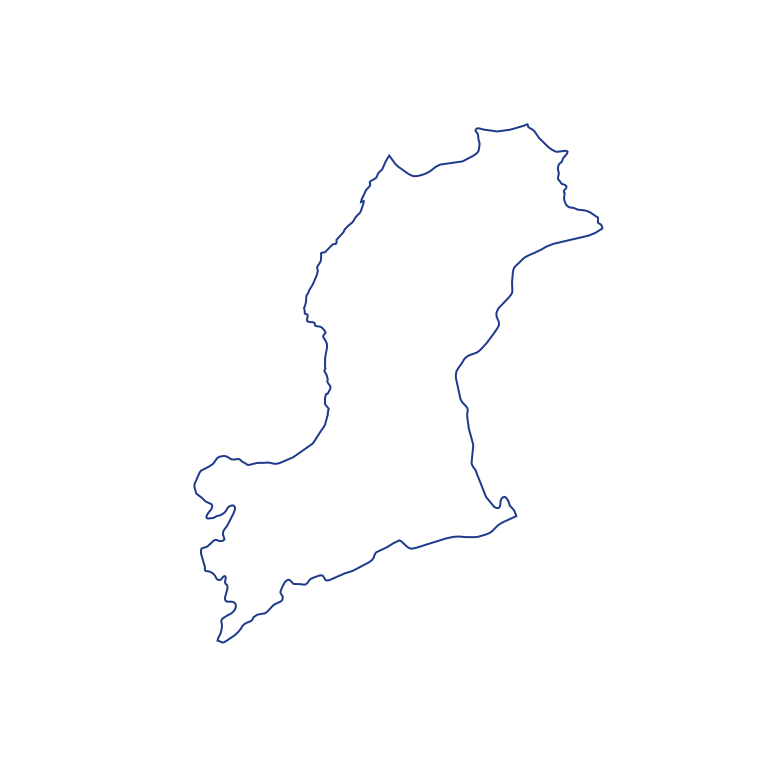 Cusco, Equal Earth projection, rotated 55°
{"feature_id": "PER-571", "entity_name": "Cusco", "entity_type": "Department", "adm_level": 1, "iso_a3": "PER", "parent_name": "Peru", "parent_adm1": "", "projection": "equal_earth", "projection_center": [-72.174, -13.267], "detail": "fine", "context": "isolated", "style": "outline", "palette": "blue", "viewbox_px": 768, "rotation_deg": 55, "n_neighbors": 0, "source": "natural_earth", "source_scale": "10m", "svg_char_len": 6165}
<svg xmlns="http://www.w3.org/2000/svg" viewBox="0 0 768 768"><g transform="rotate(55 384 384)"><path d="M221.8,298.5L220.3,296.9L214.8,287.3L214.0,283.4L213.4,281.5L212.3,280.6L210.5,279.9L210.1,278.3L210.6,274.6L210.5,272.2L210.1,271.1L208.3,268.4L207.8,266.7L207.3,263.0L206.6,261.4L202.7,255.1L199.9,248.7L210.2,248.5L213.9,247.8L225.9,243.5L229.3,241.7L231.0,240.2L232.9,237.2L234.8,232.1L235.5,229.2L236.0,226.2L236.1,223.2L235.8,217.3L236.3,213.2L236.6,211.9L246.5,192.4L246.8,191.3L248.3,179.5L248.2,175.7L247.9,174.3L247.0,172.5L244.2,169.7L242.4,168.2L241.5,167.6L238.5,166.6L233.4,163.9L232.1,163.7L229.8,163.9L228.9,163.6L228.2,162.9L228.0,161.4L228.5,160.3L229.2,159.4L232.7,156.5L242.2,146.2L248.1,134.7L252.6,121.5L253.5,117.5L256.5,118.4L261.1,116.3L263.7,115.8L271.1,115.9L284.3,113.5L288.3,112.1L291.6,110.4L292.5,109.6L293.3,108.7L296.9,101.8L297.7,100.9L298.9,100.4L299.9,101.4L300.5,102.6L301.5,107.0L302.1,108.2L303.5,110.2L304.0,111.3L304.2,114.1L304.7,115.4L307.3,118.1L311.4,119.8L312.3,120.5L314.8,123.2L316.2,123.9L319.5,123.6L320.6,123.8L321.8,123.7L324.8,121.5L326.7,121.2L327.7,121.9L328.3,123.2L328.6,124.7L329.1,125.8L330.0,126.5L331.1,126.5L332.0,127.1L334.5,129.5L336.8,130.9L341.3,132.0L344.8,131.3L345.9,130.6L346.7,129.7L347.4,128.8L349.3,127.1L351.8,125.7L352.7,124.8L356.6,120.4L358.5,118.6L362.1,116.5L369.3,113.8L370.1,113.3L371.0,113.5L374.1,116.0L375.2,116.0L377.9,114.8L380.2,115.1L381.9,116.0L381.4,124.4L379.7,131.6L366.4,164.7L364.6,172.2L364.2,177.5L362.8,186.1L361.9,190.0L361.1,195.1L361.1,197.1L362.9,208.7L363.2,210.0L363.8,211.3L365.7,213.7L374.0,220.7L381.3,225.4L382.7,226.7L383.8,229.0L384.7,232.0L387.5,246.2L388.5,248.4L389.5,250.1L390.7,251.5L393.6,253.2L398.2,254.1L400.5,255.1L401.6,256.0L402.8,257.9L403.6,259.7L405.9,265.9L409.3,276.3L410.8,282.8L411.5,287.2L411.4,290.4L409.7,296.4L409.2,298.8L409.2,302.3L409.9,304.7L411.0,306.8L413.5,313.7L415.1,317.3L418.2,320.3L420.9,321.9L440.0,329.9L442.3,330.3L444.1,330.3L449.4,329.6L451.5,329.6L452.8,330.0L453.9,330.7L456.4,333.2L458.3,334.5L469.0,340.0L484.5,345.6L486.2,346.7L498.8,357.5L500.4,358.2L503.8,358.6L506.6,358.4L535.1,365.2L547.9,364.2L549.9,363.1L551.2,361.7L551.2,360.1L550.4,358.7L547.8,356.5L546.5,355.3L545.5,353.8L545.0,352.0L545.5,350.1L546.5,349.4L548.0,349.1L551.2,349.3L556.0,350.7L561.4,349.9L564.7,350.4L568.1,351.4L565.3,366.6L565.1,371.7L566.6,379.8L566.6,382.9L565.8,386.6L563.2,394.4L561.6,397.4L555.6,405.8L552.7,409.1L550.6,412.2L549.0,414.9L546.0,422.0L536.4,452.3L534.6,456.1L533.3,457.2L530.6,458.4L522.3,460.2L520.8,461.4L519.8,468.3L519.4,475.4L517.4,486.8L518.0,488.7L519.2,490.5L520.4,492.0L521.4,495.1L521.5,498.1L519.2,516.3L518.4,519.4L516.7,524.5L513.3,541.3L512.3,543.4L511.3,544.3L506.0,544.0L504.1,545.9L502.3,552.2L501.6,556.1L502.1,558.3L503.1,560.9L503.2,562.4L503.0,563.7L502.5,564.7L500.6,566.5L496.5,572.0L495.5,572.9L491.7,573.4L489.9,574.0L489.1,576.0L489.4,578.6L489.9,579.8L492.3,584.4L494.1,587.1L495.0,588.1L496.0,588.7L499.8,588.8L501.9,590.3L502.7,591.8L502.9,593.5L501.8,599.8L501.8,601.7L502.2,604.1L503.3,608.6L503.6,611.2L503.5,613.2L501.2,618.0L500.3,620.5L500.2,624.6L501.7,627.4L501.9,628.7L501.0,632.7L500.6,635.6L500.8,637.5L501.1,639.0L501.8,640.2L502.7,642.6L503.6,646.0L504.2,650.6L504.0,661.4L503.7,663.4L503.0,664.8L500.1,666.4L498.8,667.6L497.0,665.6L494.9,661.4L493.3,659.4L490.4,656.4L488.8,655.2L486.0,653.9L484.5,652.9L483.8,651.7L483.5,650.5L483.8,644.7L484.3,641.7L484.3,640.0L484.1,638.4L483.4,635.9L482.6,634.5L481.8,633.4L479.9,632.1L478.0,631.8L476.9,632.1L475.2,633.4L472.3,637.3L471.4,637.9L470.2,638.0L468.8,637.5L467.7,636.7L461.9,629.7L460.3,628.5L458.9,627.9L456.6,628.4L455.1,627.9L451.8,624.6L450.6,624.4L449.8,624.9L449.7,626.2L450.7,629.8L450.3,631.0L449.7,631.9L448.7,632.5L447.5,632.8L443.9,632.4L442.7,632.5L440.4,633.0L437.7,634.4L435.0,637.1L434.1,637.5L433.1,637.1L431.9,636.1L430.8,635.5L418.1,631.2L415.5,629.5L414.2,627.9L414.4,626.6L415.3,624.1L415.8,622.1L414.7,613.7L414.8,612.2L415.3,611.1L416.1,610.3L418.1,609.1L418.8,608.2L419.4,607.1L419.9,605.9L420.0,604.7L419.6,603.7L414.9,602.2L413.6,601.4L412.7,600.4L411.5,598.1L410.2,593.8L403.4,581.0L401.2,578.0L399.9,577.1L398.1,576.7L397.2,577.0L396.4,578.0L395.9,579.2L395.6,580.6L395.6,582.0L395.9,583.3L397.5,586.7L397.9,589.4L397.8,592.3L397.6,593.5L396.4,596.4L395.9,600.5L393.2,605.5L392.2,606.0L391.2,605.9L390.4,605.1L389.8,604.1L388.7,601.6L387.6,597.5L387.0,596.3L386.3,595.4L385.3,594.6L384.0,594.3L382.9,594.5L380.5,596.1L378.3,597.3L375.8,598.0L373.0,598.4L366.2,600.6L359.8,598.5L357.3,596.6L351.0,586.2L350.4,584.8L350.1,583.6L350.1,582.4L350.6,579.9L351.3,574.1L351.4,570.7L351.2,569.2L349.4,564.2L349.1,562.9L349.1,561.4L349.4,560.0L350.6,557.4L351.6,555.9L352.7,554.8L354.1,554.0L356.4,553.1L358.1,552.2L359.8,550.3L360.6,548.9L361.2,547.4L362.0,546.3L363.1,545.4L367.0,544.5L368.4,543.5L371.9,542.2L372.8,541.1L375.6,533.9L376.6,532.0L379.0,528.7L382.2,523.5L386.5,519.6L387.8,517.5L388.9,514.9L391.9,500.4L391.9,476.6L390.5,472.7L388.8,468.8L386.0,461.9L384.9,458.6L383.5,455.6L378.0,449.1L377.1,447.7L376.3,447.4L373.1,444.2L372.6,443.4L367.5,443.9L365.9,443.4L362.0,440.6L360.1,438.7L359.0,436.9L359.7,435.9L357.7,431.8L356.4,430.0L355.1,429.3L350.9,429.3L349.6,429.1L347.8,427.3L343.9,425.9L339.7,425.5L338.6,425.1L337.8,423.1L335.8,422.3L328.4,416.9L321.6,409.9L318.4,407.7L314.6,407.0L310.4,406.8L309.9,406.4L309.3,405.2L308.8,403.8L308.7,402.6L308.1,402.2L305.4,402.1L302.0,402.6L300.5,403.4L297.5,406.5L296.8,406.8L296.1,406.8L294.7,405.9L293.3,406.3L292.6,406.8L290.8,409.2L288.5,410.9L286.7,409.8L285.0,407.9L283.2,406.8L281.0,408.5L280.3,408.2L279.4,407.4L275.8,405.9L275.1,404.5L272.3,401.1L267.4,397.1L266.7,396.0L266.2,394.2L264.3,391.5L261.7,385.4L256.4,376.8L253.5,373.4L250.2,372.0L249.6,371.2L247.4,365.9L246.0,364.3L242.5,361.6L240.8,360.7L240.8,359.7L242.2,356.8L240.2,346.0L241.1,343.7L241.6,343.3L241.3,342.3L240.6,341.4L238.8,340.4L238.4,339.1L236.9,332.0L236.2,329.7L234.9,327.7L233.9,322.7L233.5,317.7L233.1,315.9L231.6,312.8L230.8,310.4L230.0,305.6L229.1,303.8L224.1,297.0L222.5,295.7L221.8,298.5Z" fill="none" stroke="#1e3a8a" stroke-width="2"/></g></svg>